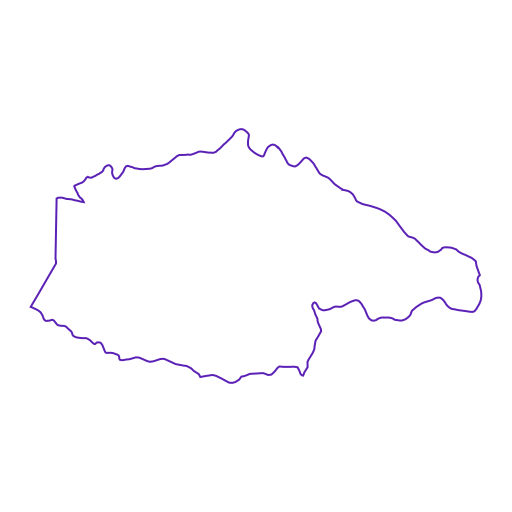 the district of Delomel, Micoud, Saint Lucia
{"feature_id": "8701671B54095148495441", "entity_name": "Delomel", "entity_type": "district", "adm_level": 2, "iso_a3": "LCA", "parent_name": "Saint Lucia", "parent_adm1": "Micoud", "projection": "orthographic", "projection_center": [-60.926, 13.804], "detail": "fine", "context": "isolated", "style": "outline", "palette": "violet", "viewbox_px": 512, "rotation_deg": 0, "n_neighbors": 0, "source": "geoboundaries", "source_scale": "gbopen_adm2", "svg_char_len": 6042}
<svg xmlns="http://www.w3.org/2000/svg" viewBox="0 0 512 512"><path d="M87.8,176.8L86.1,177.9L85.8,178.8L83.9,181.2L82.1,182.6L80.3,183.2L77.7,184.3L74.4,185.8L74.3,186.5L75.9,190.3L77.5,193.0L78.0,194.6L79.9,197.4L81.5,198.7L82.8,200.2L83.7,202.1L81.1,201.7L77.7,200.8L75.0,200.3L71.8,199.4L68.1,199.0L66.9,199.0L62.2,197.7L58.3,197.7L56.6,198.5L55.5,258.4L56.0,261.1L56.0,263.5L38.2,294.2L30.7,306.9L33.1,307.9L36.7,309.6L38.3,310.5L39.4,311.3L40.6,312.4L42.1,314.7L42.8,316.2L43.6,318.5L44.0,319.3L44.7,320.1L45.5,320.7L46.4,320.9L49.7,320.6L51.0,320.1L52.1,319.8L53.2,320.1L54.2,320.9L56.3,323.6L57.1,324.6L58.2,325.2L59.2,325.5L61.3,325.8L64.0,325.9L65.6,326.4L67.0,327.5L67.8,328.4L71.3,331.5L72.0,332.9L72.4,334.1L72.5,334.7L73.2,335.8L74.7,336.7L76.9,337.5L81.5,338.1L85.0,338.1L86.6,338.3L88.1,339.0L90.1,340.3L91.3,341.5L93.2,343.3L94.3,344.0L95.1,344.0L96.8,342.5L97.9,342.4L99.1,342.4L100.3,342.6L101.5,343.8L102.5,345.4L102.9,346.4L104.8,351.2L105.2,352.0L105.7,352.6L106.5,352.9L109.5,352.8L110.9,352.8L112.7,353.0L114.5,353.6L117.4,354.7L118.4,355.3L118.9,356.0L119.2,357.2L119.3,358.7L119.8,359.7L120.8,360.0L122.0,360.2L123.4,360.1L126.3,359.5L127.9,359.4L129.9,359.1L135.7,357.4L137.2,357.4L138.4,357.5L139.7,357.8L147.2,361.1L149.9,361.8L153.4,361.3L160.4,359.0L163.7,358.8L165.5,359.4L175.7,364.1L184.1,365.7L186.4,365.9L188.8,367.1L191.1,368.3L193.9,371.0L198.8,374.1L200.3,377.0L205.7,376.0L210.8,375.2L212.9,375.0L215.9,375.8L221.1,378.3L226.0,381.0L229.0,382.6L230.5,382.8L232.8,382.8L235.4,382.0L239.1,379.7L241.4,376.6L243.8,376.2L246.8,375.2L249.7,373.9L263.0,373.1L264.9,373.7L268.1,375.0L271.4,374.6L274.8,371.4L277.3,368.1L279.3,366.5L284.2,366.9L288.7,366.9L294.2,366.7L297.6,367.3L299.4,370.8L300.7,374.3L302.2,375.4L303.1,375.6L304.5,372.1L307.6,367.2L307.5,361.9L308.3,360.1L312.7,352.9L314.3,349.3L314.7,345.5L315.6,340.6L317.8,337.1L321.1,331.3L320.9,329.1L318.2,323.1L317.5,320.6L317.5,319.0L315.3,314.2L314.1,310.4L312.6,307.8L312.2,305.3L313.3,303.1L314.6,302.4L316.2,303.3L318.2,306.9L319.1,308.6L319.4,308.6L320.8,309.4L322.1,310.0L323.3,310.3L324.2,310.3L327.7,309.7L329.8,309.1L330.7,308.7L333.2,307.3L333.9,307.0L335.0,306.7L335.7,306.6L337.1,306.6L339.0,306.8L340.0,306.8L341.8,306.6L343.4,305.8L350.0,302.1L351.2,301.6L354.9,300.3L356.2,300.2L357.2,300.4L358.2,300.7L359.1,301.2L360.2,302.4L361.9,304.5L363.0,306.6L364.7,309.1L367.5,315.9L368.4,317.5L368.9,318.3L369.4,318.8L371.5,320.4L373.7,320.7L375.6,320.3L376.3,320.0L377.6,319.0L379.9,318.0L381.2,317.6L383.3,317.5L384.8,317.6L388.1,317.5L389.7,317.7L391.6,318.1L392.4,318.4L393.8,319.1L394.8,319.8L395.1,319.9L396.5,320.0L399.7,320.5L401.3,320.6L402.1,320.4L403.5,320.0L405.4,319.3L406.3,318.7L408.5,317.0L409.7,315.7L410.4,314.8L410.9,313.6L411.7,311.2L412.0,310.7L416.2,307.1L417.5,306.2L421.5,303.6L422.3,303.2L424.5,302.3L431.1,300.3L432.5,299.7L435.8,298.0L436.3,297.9L438.1,297.6L439.9,297.7L440.4,297.8L441.1,298.3L442.5,299.3L443.6,300.5L445.1,302.5L446.0,304.1L447.3,305.7L448.2,306.6L449.7,307.8L451.6,308.8L452.1,309.0L454.7,309.3L458.0,310.1L464.4,310.9L470.2,311.8L471.4,311.9L473.3,311.8L474.4,311.2L475.2,310.5L476.3,309.0L478.6,305.2L479.4,303.8L480.7,300.4L481.1,298.5L481.3,296.5L481.3,294.0L481.1,291.2L479.8,285.6L479.5,284.8L478.0,282.3L477.7,281.3L477.6,280.2L477.5,279.5L477.6,278.9L478.1,277.3L478.6,276.4L479.8,275.3L479.7,274.6L479.2,273.4L478.1,270.5L476.5,265.9L475.8,261.3L474.5,260.1L471.8,258.0L465.3,254.9L462.3,253.7L458.8,251.8L456.2,249.4L451.4,247.7L447.5,247.3L444.5,247.3L442.3,248.0L441.0,249.7L438.0,251.8L435.8,252.3L434.2,252.4L430.2,251.6L428.9,250.5L425.1,248.5L421.9,245.6L418.2,241.9L414.9,238.7L412.9,237.7L408.5,236.5L407.3,235.5L404.0,231.8L399.3,225.5L395.9,220.8L392.9,217.9L389.6,214.9L385.2,211.8L381.9,210.1L379.0,208.8L376.8,208.0L370.2,205.9L362.6,204.1L357.3,201.6L356.1,200.4L354.8,197.5L352.9,194.4L350.5,192.3L348.6,191.2L346.3,190.5L343.3,189.9L342.8,189.9L342.9,189.7L340.7,188.4L335.1,184.5L333.7,183.2L331.3,180.6L329.2,178.5L328.8,178.2L327.9,177.6L326.6,177.0L322.6,175.4L321.5,174.8L320.2,173.9L319.6,173.4L319.0,172.5L316.3,168.0L315.2,166.3L314.4,164.8L313.4,163.3L312.6,162.4L310.2,159.9L309.2,159.0L308.3,158.5L307.0,157.8L306.5,157.6L305.3,157.8L304.2,158.3L303.4,158.9L301.4,161.3L299.8,163.0L298.5,164.3L297.7,165.0L295.7,166.2L294.7,166.5L294.2,166.4L292.9,166.1L290.5,165.3L289.0,164.6L288.1,163.8L287.6,163.1L287.2,162.3L284.3,156.8L282.7,154.2L281.4,151.6L279.9,149.5L278.5,147.7L278.0,147.2L277.8,147.6L275.7,145.6L274.4,144.9L273.1,144.6L272.1,144.7L270.7,145.2L269.7,145.8L267.9,147.2L266.9,148.7L265.4,151.8L264.0,155.3L263.2,156.3L261.6,156.4L259.7,155.6L256.9,154.3L254.1,152.5L252.7,151.3L250.7,149.7L249.3,148.0L248.5,146.6L248.1,145.2L248.0,142.9L248.0,141.7L248.2,139.7L248.8,136.3L248.9,134.8L248.5,133.9L248.0,133.2L247.1,132.3L245.0,130.5L244.0,129.8L242.4,129.2L240.4,129.2L239.8,129.3L238.4,129.8L236.4,130.8L235.2,131.9L234.4,132.8L233.5,134.4L232.9,135.5L231.5,137.2L225.9,142.7L223.7,144.5L221.3,147.0L220.2,148.2L217.1,150.7L216.4,151.5L215.8,151.9L213.4,152.8L212.6,152.8L211.8,152.7L208.5,152.6L202.4,151.7L201.3,151.6L200.0,151.6L198.8,151.7L198.4,151.9L197.4,152.3L195.2,153.2L192.8,154.1L191.2,154.6L190.0,154.8L187.7,154.6L185.0,154.9L179.9,155.0L179.0,155.1L177.2,156.0L176.4,156.6L175.4,157.5L170.3,161.6L169.7,162.2L168.0,163.4L167.0,164.0L162.6,165.6L158.1,165.9L156.8,166.1L155.4,166.4L154.2,166.9L152.0,168.2L150.1,168.7L142.8,169.2L139.2,169.0L136.9,168.5L134.9,168.3L132.4,167.2L131.0,166.9L128.8,166.1L127.4,165.9L125.9,166.5L124.6,168.4L123.3,171.7L119.8,176.4L118.3,177.9L116.8,178.6L116.3,178.7L115.2,178.5L114.4,178.0L113.4,176.6L112.8,175.5L112.1,173.1L112.2,171.2L112.4,170.0L112.4,168.8L111.8,167.7L111.1,166.6L110.3,165.9L109.7,165.4L108.5,165.2L107.4,165.5L106.4,166.0L105.5,166.6L104.9,167.1L103.7,168.8L103.2,170.5L102.3,171.6L101.5,172.2L100.0,173.1L99.0,173.9L97.7,174.4L96.8,174.9L95.3,175.9L93.4,176.7L91.7,177.6L90.8,177.7L90.1,177.7L88.7,177.3L87.8,176.8Z" fill="none" stroke="#5b21b6" stroke-width="2"/></svg>